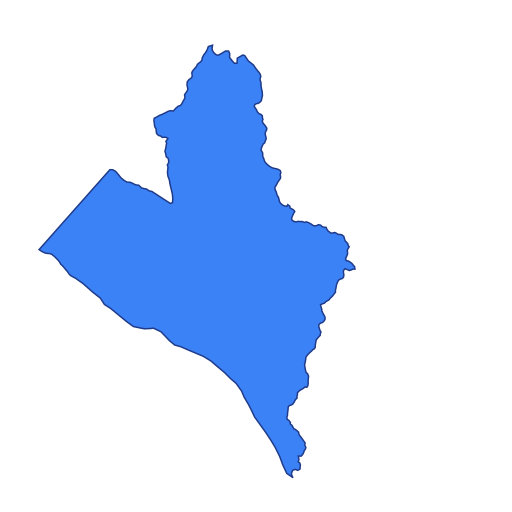 outline of Tucuruí, Pará, Brazil, rotated 131°
{"feature_id": "56859067B45116319118579", "entity_name": "Tucuruí", "entity_type": "district", "adm_level": 2, "iso_a3": "BRA", "parent_name": "Brazil", "parent_adm1": "Pará", "projection": "robinson", "projection_center": [-49.877, -3.798], "detail": "fine", "context": "isolated", "style": "filled", "palette": "blue", "viewbox_px": 512, "rotation_deg": 131, "n_neighbors": 0, "source": "geoboundaries", "source_scale": "gbopen_adm2", "svg_char_len": 5221}
<svg xmlns="http://www.w3.org/2000/svg" viewBox="0 0 512 512"><g transform="rotate(131 256 256)"><path d="M201.0,172.7L199.3,174.7L199.1,176.6L198.7,178.8L198.9,181.3L199.3,183.2L200.3,184.8L199.5,186.5L195.9,187.7L194.4,188.2L193.0,189.5L191.8,190.9L189.8,191.4L187.9,191.7L187.5,193.4L186.4,195.0L186.2,196.8L186.0,198.9L184.7,200.9L183.6,202.7L183.7,205.1L184.6,206.7L185.9,208.3L186.1,210.2L186.5,211.9L187.9,212.9L189.6,214.4L189.8,218.4L189.2,220.3L188.4,221.9L189.6,223.4L190.4,225.2L190.3,227.4L191.4,229.4L192.9,230.0L194.3,230.9L195.4,232.5L195.7,235.3L196.6,239.0L197.4,240.6L198.9,241.5L199.7,243.8L201.0,245.2L202.3,247.0L203.9,248.0L205.0,250.0L205.3,252.3L204.4,253.7L202.7,254.5L199.3,255.5L196.9,256.0L196.6,258.1L197.4,261.9L196.2,263.2L196.4,265.7L198.2,265.3L199.5,267.3L200.1,269.2L200.1,272.4L199.3,274.3L198.1,275.9L196.9,277.7L196.4,279.6L195.5,281.2L194.4,282.6L193.5,284.9L191.8,286.8L190.0,287.0L185.9,288.0L181.3,288.5L179.8,289.7L178.7,291.2L176.9,291.8L175.6,293.7L176.0,296.0L176.9,298.0L178.0,299.9L178.8,301.6L179.4,304.2L179.5,306.6L179.4,309.0L179.1,311.1L178.1,313.0L177.1,314.5L176.3,316.5L174.9,317.5L173.6,319.0L172.9,321.5L171.3,322.6L169.2,323.3L167.0,324.0L164.8,323.7L163.1,324.5L161.0,325.1L159.8,326.4L158.7,328.1L157.5,329.5L155.6,330.4L153.8,330.7L152.4,331.8L151.8,333.8L151.4,335.6L151.1,338.0L150.0,339.8L148.3,340.4L147.4,342.0L146.0,343.2L145.9,345.2L146.6,347.0L146.3,349.6L145.4,351.4L144.8,353.5L144.3,355.4L142.5,356.3L140.7,355.6L139.4,354.5L137.2,353.9L135.2,353.9L133.8,354.8L131.7,355.8L130.3,356.7L129.1,358.0L127.7,359.3L126.8,360.8L124.4,363.7L122.7,365.2L121.4,366.7L120.6,368.4L118.9,369.5L117.3,370.2L116.1,372.0L115.5,374.1L115.1,376.5L114.5,379.6L113.5,383.3L113.8,389.8L112.1,396.1L113.1,397.9L119.0,399.9L122.9,396.8L124.7,398.7L124.4,401.7L123.5,406.2L120.5,408.6L119.3,411.2L121.3,413.5L125.7,414.9L129.4,416.3L130.3,418.4L130.2,421.5L129.4,423.9L128.1,425.4L125.4,427.1L129.2,429.4L132.5,428.1L135.7,427.5L138.4,427.4L141.6,426.6L144.0,425.2L145.6,425.2L149.7,426.0L152.0,425.3L155.1,425.3L158.3,425.2L159.9,424.6L162.1,422.1L163.8,421.6L165.3,421.9L166.9,422.3L169.5,422.2L172.1,420.4L174.0,417.9L175.1,416.7L177.2,416.1L178.9,416.0L181.2,415.7L183.3,413.3L185.8,412.8L188.0,412.3L190.1,411.8L191.9,411.8L194.0,413.0L197.3,413.5L200.9,413.5L202.2,415.7L204.2,417.1L207.2,418.3L211.0,419.9L212.9,421.0L216.7,422.3L218.9,423.2L220.9,421.8L222.3,420.1L224.1,418.2L225.1,416.6L225.6,414.8L227.3,413.2L228.8,411.3L229.0,408.6L228.0,406.8L228.0,404.6L226.5,403.1L225.4,401.7L225.1,399.5L228.6,399.2L229.4,397.5L231.1,396.6L233.3,395.1L236.7,393.4L238.6,390.5L240.0,388.9L239.9,386.5L240.9,385.0L242.7,383.2L245.4,382.7L246.7,380.7L251.1,377.6L253.5,374.9L255.6,371.1L258.3,367.9L261.3,363.7L264.1,359.8L267.1,356.6L270.5,354.0L272.5,355.1L273.5,361.8L275.6,377.0L276.9,379.2L277.3,382.6L278.7,384.9L279.7,387.1L279.5,390.9L281.2,393.4L282.8,399.1L284.9,401.9L285.5,405.4L285.6,409.3L285.0,412.4L284.2,417.5L284.9,420.7L286.7,422.9L371.5,423.7L393.5,423.9L393.1,420.8L392.6,418.9L392.0,416.9L390.7,414.8L389.5,413.3L388.7,411.1L388.6,407.6L388.8,404.9L389.0,402.5L389.4,400.5L390.3,397.9L390.3,395.6L391.6,387.5L392.3,384.9L392.3,382.4L391.7,379.8L391.1,377.1L390.9,374.5L390.3,369.0L390.3,365.8L390.4,354.9L389.9,345.9L392.0,338.6L391.0,331.6L390.9,329.1L390.4,311.1L389.9,304.5L389.6,302.1L386.2,296.0L384.1,292.4L379.6,287.7L377.8,286.2L375.5,278.0L376.7,265.5L376.5,258.9L373.8,253.2L371.0,244.3L366.3,230.1L365.2,223.6L364.8,221.0L364.8,217.7L364.8,215.8L364.6,203.3L365.2,195.0L365.2,187.3L367.4,178.2L370.3,172.3L373.0,164.2L375.1,159.0L378.4,151.5L382.8,132.8L385.2,124.2L387.8,116.1L391.8,106.5L394.3,102.0L396.0,98.9L399.9,90.1L399.0,82.6L398.4,84.4L397.1,86.4L395.4,87.2L393.6,87.7L391.3,86.4L390.4,83.9L387.9,83.0L386.4,84.2L384.4,85.6L383.5,87.1L383.7,89.1L381.5,90.0L380.3,91.4L379.2,92.8L377.4,90.6L374.8,90.6L373.0,91.1L371.2,91.9L369.4,92.0L367.7,92.8L366.9,94.9L364.8,96.4L364.2,99.1L363.6,101.3L363.2,103.4L362.6,106.2L361.0,108.4L361.0,112.4L361.6,114.2L360.9,115.9L360.2,117.7L360.3,120.0L359.0,120.9L358.5,123.4L358.8,125.2L357.6,126.9L355.6,127.7L353.8,129.2L351.7,130.5L348.5,132.8L346.5,132.5L345.2,131.5L343.5,131.1L341.4,131.3L338.6,132.0L336.3,131.8L335.2,133.0L333.6,133.7L332.0,135.0L329.4,134.9L327.2,134.3L325.1,133.5L322.7,133.1L321.7,131.5L319.9,131.8L318.2,132.8L316.6,134.3L314.5,135.9L312.2,137.5L311.0,139.9L311.0,141.8L309.6,143.9L307.8,146.1L306.2,148.0L304.1,149.1L301.7,150.5L299.7,151.9L297.7,152.2L296.1,152.2L294.3,152.1L292.7,151.9L290.8,151.7L289.3,151.7L287.8,151.1L286.1,151.4L284.5,152.7L280.1,155.4L278.0,155.6L275.9,155.6L273.8,155.5L272.4,156.5L270.7,157.1L270.2,158.9L268.0,162.4L266.4,163.6L264.3,163.2L262.5,162.2L260.5,162.0L258.8,162.2L257.3,163.3L256.4,164.8L255.7,166.9L254.2,170.4L252.9,171.6L251.9,173.4L250.4,175.4L248.2,174.3L246.6,173.4L245.0,173.4L243.0,172.8L241.2,172.1L239.4,172.3L237.6,172.1L235.8,172.0L231.1,172.3L229.8,173.6L228.1,174.4L224.8,176.4L221.7,177.5L219.9,177.8L218.2,177.2L216.5,176.2L214.8,176.0L213.1,176.9L211.9,178.1L210.7,179.7L209.1,180.5L207.1,180.4L205.7,176.0L204.1,175.0L202.4,174.3L201.0,172.7Z" fill="#3b82f6" stroke="#1e3a8a" stroke-width="1.5"/></g></svg>